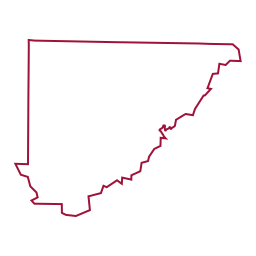 Cullman, Alabama, United States of America
{"feature_id": "52423323B47632571632654", "entity_name": "Cullman", "entity_type": "district", "adm_level": 2, "iso_a3": "USA", "parent_name": "United States of America", "parent_adm1": "Alabama", "projection": "robinson", "projection_center": [-86.753, 34.086], "detail": "fine", "context": "isolated", "style": "outline", "palette": "rose", "viewbox_px": 256, "rotation_deg": 0, "n_neighbors": 0, "source": "geoboundaries", "source_scale": "gbopen_adm2", "svg_char_len": 1369}
<svg xmlns="http://www.w3.org/2000/svg" viewBox="0 0 256 256"><path d="M15.4,163.8L20.8,174.7L27.8,176.9L30.3,186.3L36.5,192.5L37.6,197.4L31.5,200.5L34.4,203.7L61.8,204.1L61.9,212.9L66.0,214.9L75.9,216.0L89.9,210.1L88.5,196.3L100.9,193.1L103.5,185.8L106.7,187.2L117.0,180.3L121.8,183.8L122.2,177.6L131.3,179.6L131.4,175.3L140.3,171.2L141.6,162.8L148.0,161.1L149.1,156.6L154.3,148.9L160.5,145.9L160.7,137.8L165.7,138.4L164.0,136.6L163.6,136.1L163.3,135.2L163.2,134.9L162.6,134.1L162.0,133.3L161.4,132.2L160.8,131.3L160.3,131.0L159.7,130.4L159.5,130.2L159.6,129.7L160.2,129.2L161.6,128.4L162.5,127.6L162.8,127.1L163.2,126.2L163.4,125.5L163.8,125.4L164.4,125.5L164.7,125.5L164.9,125.8L165.0,126.2L165.0,126.8L164.6,127.6L164.6,127.9L164.9,128.8L165.0,130.0L165.1,130.3L165.3,130.5L165.7,130.4L166.5,129.4L167.1,129.1L168.3,128.6L168.9,128.3L169.4,127.4L169.6,127.1L169.8,127.1L170.2,127.3L170.4,127.5L170.6,128.1L170.5,128.6L170.7,128.8L171.0,128.9L171.4,128.6L171.7,128.2L172.5,127.6L173.8,126.7L174.3,126.5L174.9,125.8L176.0,119.8L185.5,114.0L192.9,115.2L195.0,108.9L203.6,95.5L204.9,95.4L210.9,88.9L207.5,88.2L212.8,73.9L218.0,73.4L219.4,63.8L225.6,65.0L230.0,60.7L240.6,61.1L238.6,49.5L232.7,44.3L209.5,43.9L199.0,43.5L124.0,42.3L116.3,42.2L34.6,40.6L28.7,40.0L28.8,45.6L28.6,73.0L28.4,94.6L28.0,164.2L15.4,163.8Z" fill="none" stroke="#9f1239" stroke-width="2"/></svg>